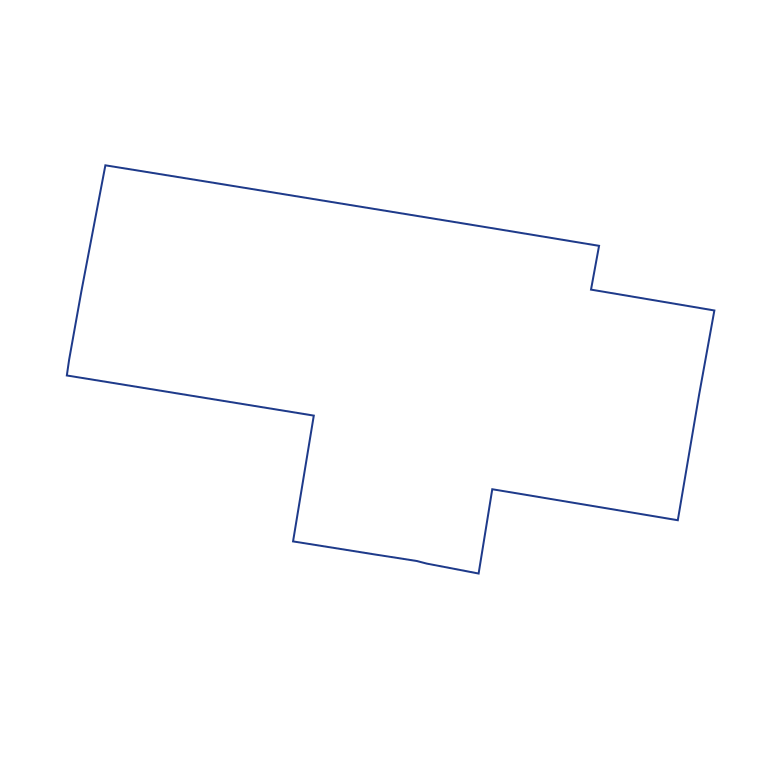 outline of Clay, Indiana, United States of America, rotated 99°
{"feature_id": "52423323B18032959823842", "entity_name": "Clay", "entity_type": "district", "adm_level": 2, "iso_a3": "USA", "parent_name": "United States of America", "parent_adm1": "Indiana", "projection": "natural_earth1", "projection_center": [-87.089, 39.388], "detail": "fine", "context": "isolated", "style": "outline", "palette": "blue", "viewbox_px": 768, "rotation_deg": 99, "n_neighbors": 0, "source": "geoboundaries", "source_scale": "gbopen_adm2", "svg_char_len": 401}
<svg xmlns="http://www.w3.org/2000/svg" viewBox="0 0 768 768"><g transform="rotate(99 384 384)"><path d="M472.6,72.5L345.3,71.1L259.7,69.2L258.4,194.3L213.9,193.2L213.7,222.3L213.1,318.0L212.0,568.2L211.6,693.4L339.9,697.4L409.4,698.8L425.2,698.6L426.2,448.4L553.7,449.2L553.8,366.2L553.7,324.0L554.7,313.6L556.4,260.9L471.0,260.6L472.6,72.5Z" fill="none" stroke="#1e3a8a" stroke-width="2"/></g></svg>